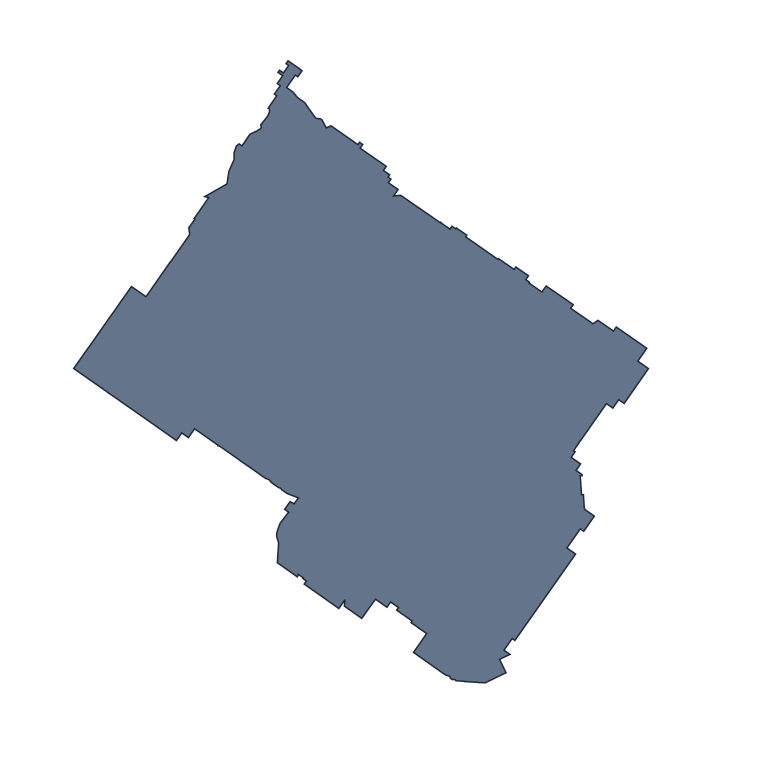 the district of Kellerberrin, Western Australia, Australia, rotated 125°
{"feature_id": "25037944B15582539719607", "entity_name": "Kellerberrin", "entity_type": "district", "adm_level": 2, "iso_a3": "AUS", "parent_name": "Australia", "parent_adm1": "Western Australia", "projection": "albers", "projection_center": [117.81, -31.577], "detail": "fine", "context": "isolated", "style": "filled", "palette": "slate", "viewbox_px": 768, "rotation_deg": 125, "n_neighbors": 0, "source": "geoboundaries", "source_scale": "gbopen_adm2", "svg_char_len": 5871}
<svg xmlns="http://www.w3.org/2000/svg" viewBox="0 0 768 768"><g transform="rotate(125 384 384)"><path d="M540.1,513.4L534.7,513.5L533.6,513.4L533.0,513.4L532.5,513.4L529.3,513.5L529.3,507.2L529.3,503.8L529.3,498.2L529.3,495.7L529.4,491.1L529.3,485.7L529.3,485.2L529.3,484.9L529.9,484.6L529.6,484.1L529.4,483.6L529.3,483.1L529.2,482.6L529.2,482.0L529.2,463.9L529.2,463.7L529.2,460.5L529.3,457.6L529.2,444.8L529.3,427.1L529.3,426.8L529.2,426.6L528.7,424.8L528.6,424.7L528.4,423.4L528.4,423.1L528.4,422.6L528.6,422.0L528.9,421.3L529.1,420.8L529.2,420.6L529.3,420.2L529.3,417.9L529.3,415.5L529.3,411.3L529.3,410.8L528.8,409.3L528.7,409.1L528.8,409.0L528.9,408.5L529.2,407.4L529.3,407.1L529.3,406.8L529.3,406.2L529.3,405.5L529.3,402.8L529.3,401.7L529.3,400.9L529.3,400.5L529.2,400.1L528.9,399.0L528.6,397.7L528.2,396.1L527.9,394.9L527.7,394.0L527.3,392.5L527.1,392.0L526.7,390.4L526.3,388.7L533.9,389.0L533.8,391.1L534.2,391.9L534.2,393.5L543.7,393.5L543.7,388.4L544.1,388.5L544.5,388.6L545.2,388.7L545.5,388.7L547.3,388.8L552.7,389.0L555.6,389.2L556.3,389.2L556.9,389.2L557.6,389.2L558.1,389.1L558.7,389.0L559.2,388.9L565.6,387.1L566.6,386.7L567.6,386.3L568.1,386.0L568.5,385.8L569.0,385.5L569.5,385.2L569.9,384.9L570.3,384.5L570.7,384.1L571.5,383.3L572.0,382.6L573.0,381.1L573.3,380.8L573.6,380.4L573.9,380.1L574.2,379.8L574.6,379.4L574.9,379.1L575.4,378.8L575.8,378.5L578.5,376.8L582.5,374.4L586.6,371.9L591.6,368.8L591.7,344.4L589.1,345.0L589.1,338.9L589.9,338.9L589.9,334.5L593.7,334.6L593.8,292.2L583.0,292.2L583.5,292.0L583.7,291.9L588.7,289.1L588.8,267.8L577.0,267.7L565.2,267.5L565.2,253.5L558.8,253.5L558.8,243.9L562.0,243.9L562.0,225.0L563.8,225.0L564.0,224.9L564.0,223.4L563.9,221.0L564.0,212.7L563.9,205.9L572.9,205.9L576.6,205.9L583.4,205.9L584.8,205.9L587.0,205.9L586.9,203.8L587.0,200.7L587.0,196.3L587.0,185.6L587.1,180.0L587.1,176.5L587.1,170.9L587.1,170.5L587.1,169.4L587.1,168.0L587.0,167.7L587.0,166.3L585.7,162.4L587.0,161.0L587.0,158.6L585.4,156.3L585.8,154.9L581.1,147.1L581.4,147.1L574.8,136.3L574.0,134.6L572.8,133.1L570.9,129.8L570.6,129.6L550.5,118.4L543.3,131.4L533.2,125.7L533.2,133.0L519.0,133.0L519.0,129.7L470.3,129.6L413.4,129.5L413.4,140.1L412.9,140.1L390.1,140.1L390.1,135.9L371.6,135.9L371.6,147.2L370.6,148.9L360.2,157.2L361.4,158.7L346.6,170.6L345.5,169.1L344.6,169.8L344.6,177.1L336.7,177.1L336.7,188.1L336.6,188.5L336.2,188.6L329.9,188.6L329.9,189.4L330.1,189.3L330.1,190.5L320.3,190.5L319.4,191.0L318.4,190.6L318.2,190.5L272.5,190.5L272.5,182.7L262.2,182.7L262.2,176.1L219.7,176.2L219.7,183.9L219.7,186.6L219.7,189.1L216.6,189.2L204.0,189.2L204.0,189.3L204.1,226.4L209.0,226.4L209.0,226.5L209.1,245.3L211.9,246.3L214.8,247.4L214.9,274.3L214.9,274.5L210.5,274.5L210.5,282.1L210.7,307.4L218.1,307.4L218.1,323.2L217.2,323.2L217.2,327.7L212.5,327.7L212.5,335.4L212.5,339.6L212.5,340.7L212.5,343.1L215.5,343.1L215.6,362.2L216.6,362.2L216.6,401.5L214.6,401.5L214.7,414.3L215.8,414.3L215.8,418.8L219.3,418.8L219.3,429.0L219.3,429.3L219.3,429.5L219.1,429.5L219.1,430.5L219.6,430.4L219.7,456.8L219.9,456.7L219.8,459.3L219.7,460.2L219.8,460.6L219.8,461.0L219.8,461.4L219.8,462.4L219.8,463.5L219.8,465.1L219.8,466.6L219.8,466.9L219.8,467.6L219.8,468.0L219.8,469.3L219.8,469.8L219.8,470.2L219.8,471.9L219.8,472.4L219.9,472.9L219.8,473.1L219.8,473.5L219.8,474.7L219.8,476.2L219.9,476.4L219.9,476.6L219.9,478.5L220.0,478.7L222.9,482.2L224.4,484.0L216.6,484.0L216.6,495.8L212.2,495.8L212.2,499.3L209.4,499.3L209.4,506.9L204.5,506.9L204.4,507.0L204.4,508.4L204.4,511.5L204.4,515.6L204.5,519.5L204.5,538.8L200.0,538.8L200.0,542.7L202.9,542.7L202.9,575.5L205.1,576.8L206.3,577.6L207.3,578.2L207.2,578.4L206.7,579.2L205.6,581.8L205.2,582.4L205.0,582.8L204.5,583.6L204.1,584.5L203.6,585.4L203.3,586.0L203.1,586.7L203.1,587.2L203.1,587.6L203.3,588.1L203.6,588.7L204.3,590.0L204.7,590.7L204.9,591.2L205.0,591.8L205.1,592.1L205.1,592.4L205.1,592.8L205.0,593.3L204.9,593.8L204.4,595.2L204.0,596.4L202.6,600.4L201.7,603.1L199.3,609.4L199.1,609.9L199.1,610.3L199.0,611.2L199.0,613.6L199.0,617.7L199.0,618.9L198.9,619.2L198.7,620.1L198.4,621.2L197.7,623.3L197.1,625.4L197.0,625.9L197.0,626.1L197.0,626.5L197.0,629.6L197.0,631.3L197.0,632.5L197.0,633.0L196.9,633.3L196.9,633.7L196.4,633.8L181.8,633.8L181.8,630.8L174.4,630.8L174.4,633.6L174.2,633.6L174.3,648.0L177.8,648.0L177.8,644.8L186.9,644.8L186.9,649.6L189.6,649.6L189.6,643.8L199.1,643.8L199.1,640.1L209.4,640.1L209.4,637.2L224.6,637.1L224.6,635.7L224.7,635.3L224.9,635.2L226.5,634.0L226.7,633.9L226.9,633.9L227.2,633.8L231.3,633.0L231.7,633.0L236.1,633.2L238.7,633.4L240.5,633.5L242.5,633.6L242.8,633.5L243.9,631.7L244.1,631.6L244.3,631.6L246.1,631.8L246.3,631.8L246.5,631.9L247.6,632.5L248.4,632.8L249.1,633.0L249.5,633.1L250.1,633.4L250.3,633.5L250.5,633.6L250.9,634.0L251.3,634.3L251.7,634.6L252.4,634.9L254.0,635.8L256.5,637.1L270.4,636.9L270.4,640.4L273.7,641.5L280.7,639.4L285.9,635.6L298.8,633.0L310.2,627.4L330.4,636.9L333.3,638.3L331.9,634.5L357.5,634.4L357.4,633.4L368.2,633.5L368.2,633.4L368.3,633.2L368.4,632.9L368.7,632.7L368.9,632.5L369.8,631.8L370.4,631.3L371.2,630.6L372.8,629.2L373.1,629.0L373.3,628.9L375.2,628.9L378.0,628.9L386.6,628.9L389.7,628.9L399.0,628.9L402.3,628.9L405.3,628.9L406.6,628.9L406.6,629.1L448.7,629.0L449.0,629.1L449.0,631.1L449.0,631.3L448.9,631.6L448.9,632.0L449.0,632.6L449.0,635.6L449.0,637.6L449.0,638.6L449.0,646.4L449.0,646.8L452.1,646.8L455.4,646.8L456.4,646.8L463.0,646.8L467.3,646.9L476.7,646.8L480.2,646.8L483.0,646.9L487.0,646.9L489.9,646.9L491.1,646.9L506.1,646.9L512.3,646.9L514.6,646.9L515.5,646.9L522.8,646.9L523.3,646.9L523.3,647.0L549.3,647.1L549.3,641.3L549.3,634.5L549.3,628.5L549.3,627.0L549.3,621.7L549.3,619.7L549.3,612.0L549.3,611.2L549.3,608.5L549.4,603.6L549.3,600.8L549.3,591.7L549.4,588.7L549.3,584.8L549.4,581.9L549.3,581.7L549.3,538.7L549.4,521.6L540.1,521.6L540.1,513.4Z" fill="#64748b" stroke="#1e293b" stroke-width="1.5"/></g></svg>